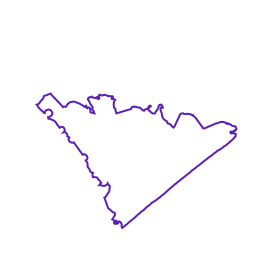 Ada East, Greater Accra, Ghana, rotated 315°
{"feature_id": "2480657B57636315193797", "entity_name": "Ada East", "entity_type": "district", "adm_level": 2, "iso_a3": "GHA", "parent_name": "Ghana", "parent_adm1": "Greater Accra", "projection": "natural_earth1", "projection_center": [0.584, 5.876], "detail": "fine", "context": "isolated", "style": "outline", "palette": "violet", "viewbox_px": 256, "rotation_deg": 315, "n_neighbors": 0, "source": "geoboundaries", "source_scale": "gbopen_adm2", "svg_char_len": 5688}
<svg xmlns="http://www.w3.org/2000/svg" viewBox="0 0 256 256"><g transform="rotate(315 128 128)"><path d="M205.2,203.0L203.5,200.7L203.3,200.2L203.0,199.2L203.1,198.5L202.9,198.2L202.7,197.4L202.5,197.0L201.9,196.2L201.9,195.7L201.7,195.3L201.6,195.6L201.8,195.8L201.7,195.9L201.1,195.3L200.9,195.1L200.9,194.3L200.6,193.6L200.4,192.3L200.0,191.6L198.4,189.7L196.3,188.5L195.4,188.1L194.7,188.0L194.2,187.6L193.5,187.0L182.4,182.6L181.3,182.0L181.1,181.3L181.0,180.8L181.2,180.1L183.1,167.9L182.9,166.8L182.8,166.0L182.7,165.6L182.7,165.4L182.8,165.3L183.0,165.3L183.1,165.1L182.8,164.7L182.6,164.6L182.7,164.9L182.6,165.1L182.4,164.5L182.6,164.2L182.4,164.0L182.2,162.9L181.2,161.5L180.7,160.9L180.0,159.9L178.0,158.4L177.7,158.0L177.5,156.8L175.9,155.5L175.3,154.9L175.4,154.6L175.1,155.0L162.0,159.8L160.4,159.8L160.3,157.8L160.5,156.3L160.4,154.8L160.0,154.2L159.7,153.5L159.4,153.2L159.4,152.9L159.5,152.1L160.2,151.1L159.6,148.2L159.5,147.2L159.6,146.4L160.1,144.7L160.7,143.4L161.5,142.5L162.3,141.3L163.3,139.1L163.8,138.1L164.2,137.7L164.9,137.5L165.1,137.4L165.2,136.9L165.5,136.8L165.8,136.8L166.3,137.0L166.6,137.6L166.6,137.9L167.0,138.2L167.9,136.8L167.8,136.5L168.0,136.1L167.9,134.8L167.4,134.7L166.8,134.0L165.9,133.9L164.7,134.4L163.7,135.1L163.2,135.3L161.7,135.7L160.9,135.8L160.4,136.0L159.2,136.0L157.9,136.7L157.4,136.7L156.9,136.5L155.8,135.1L155.5,134.2L155.4,133.7L155.4,132.2L155.2,130.9L155.2,130.2L155.5,129.4L156.2,128.8L156.5,128.6L158.1,128.3L158.3,128.3L159.4,128.8L159.7,128.5L159.6,128.0L159.1,127.6L158.1,127.5L155.6,128.2L154.6,127.9L154.2,127.6L153.8,127.2L152.5,126.9L152.1,127.0L151.5,127.1L150.9,125.9L150.9,125.5L151.0,124.4L150.8,122.1L150.6,121.7L150.0,121.2L149.7,120.8L148.7,119.0L148.5,118.3L148.0,117.9L147.6,117.9L147.2,117.3L147.1,117.0L146.8,116.6L145.6,116.0L145.2,116.0L143.7,116.8L136.8,113.0L130.2,109.5L131.2,107.5L131.7,106.6L132.1,106.2L132.6,105.3L132.7,104.5L132.6,104.1L132.5,103.8L134.1,101.7L134.8,100.9L135.7,100.5L136.1,99.9L136.6,99.6L137.3,99.3L138.7,99.1L138.3,97.0L138.2,96.9L137.9,96.8L137.9,96.4L137.3,96.4L137.1,96.2L137.4,95.4L137.8,95.1L138.4,94.9L138.8,95.0L139.2,95.4L139.4,95.4L139.6,95.1L139.5,94.6L139.0,94.2L138.5,93.4L137.3,92.3L136.3,91.1L136.4,90.9L136.0,89.9L135.5,89.0L134.9,88.1L134.0,87.4L133.7,87.4L133.4,87.1L132.6,86.6L132.1,86.0L132.0,85.7L132.1,85.4L132.0,85.1L131.2,84.2L129.9,84.8L129.7,84.8L129.4,85.0L129.4,85.4L129.4,85.8L129.2,86.2L128.5,86.8L128.4,86.7L128.1,86.4L127.8,86.4L127.6,86.5L127.2,85.7L127.3,85.5L127.6,85.6L128.1,85.0L128.3,84.4L128.2,84.3L127.8,84.5L127.4,84.3L127.1,84.3L127.0,84.6L126.9,84.6L126.4,84.2L126.2,83.6L125.8,83.0L125.5,82.9L124.8,82.0L124.6,80.1L123.4,79.8L122.8,79.2L122.3,79.2L121.7,78.7L121.3,78.7L120.8,78.9L120.4,79.3L119.9,79.3L119.1,82.7L118.4,84.0L118.1,86.6L117.4,88.7L117.1,88.8L116.1,89.2L115.8,89.7L115.6,92.1L114.9,93.0L114.6,93.8L113.5,92.0L112.9,91.1L112.6,90.3L114.5,88.0L115.1,87.2L114.7,86.1L114.6,85.5L114.5,85.3L114.3,85.1L113.8,85.1L113.4,85.3L113.1,85.2L113.0,84.6L113.6,83.3L114.0,82.9L114.2,82.7L113.7,82.4L112.5,82.7L112.2,82.5L112.1,82.3L112.2,81.7L111.8,79.4L110.8,76.1L110.2,75.0L109.3,72.6L108.5,71.3L108.1,70.7L107.5,70.3L105.0,68.7L104.3,68.6L103.0,68.6L102.5,68.4L99.2,69.1L98.9,69.0L97.7,67.4L96.8,67.3L97.1,62.1L97.3,51.1L97.7,49.0L95.1,47.8L94.2,47.5L92.3,46.5L90.8,45.9L90.1,46.4L89.6,46.9L88.3,47.2L85.1,47.3L83.5,47.6L82.6,47.9L79.9,47.0L79.9,48.0L79.2,50.1L79.2,53.9L79.4,55.8L79.4,57.2L79.6,57.8L79.3,58.2L79.7,58.6L80.6,57.9L81.8,57.6L83.1,57.7L84.8,58.7L85.9,60.3L85.8,61.8L85.4,63.6L84.2,64.7L82.7,65.1L80.6,64.6L79.7,64.3L79.2,63.8L78.3,65.0L79.8,67.6L80.1,67.9L80.2,68.7L80.3,69.4L80.7,69.9L80.9,70.7L81.0,72.3L80.6,74.8L80.3,75.7L79.8,79.5L81.4,79.8L82.6,81.1L82.8,82.8L82.1,84.4L81.1,85.3L79.4,85.5L80.6,86.1L80.8,87.9L80.2,90.2L79.2,90.8L79.8,93.2L78.6,93.5L77.5,94.5L77.1,96.2L77.4,97.8L78.4,99.3L79.5,99.8L77.3,113.5L77.0,114.8L78.3,115.2L78.9,116.4L79.3,118.3L78.6,120.0L77.4,121.0L75.8,121.3L75.2,121.0L74.5,124.1L72.0,127.0L71.6,129.7L70.5,132.3L70.7,133.4L71.5,135.0L70.4,135.4L69.9,135.9L68.4,137.8L69.1,138.5L70.9,140.7L71.1,142.1L70.5,143.1L70.7,144.6L70.7,145.5L70.3,146.9L70.3,147.8L67.4,148.1L67.9,148.5L69.1,150.8L70.0,151.9L70.9,152.6L72.0,152.8L73.2,153.3L73.6,153.3L74.0,153.0L74.5,152.7L74.0,156.3L70.0,159.5L63.3,160.9L62.1,160.5L57.4,170.4L57.2,171.1L57.7,173.2L57.5,175.4L58.5,178.6L57.8,180.0L57.4,180.3L52.3,181.5L52.7,182.7L52.8,183.8L53.3,184.5L54.2,185.3L54.2,186.2L52.9,186.3L52.9,186.8L51.6,185.9L51.6,185.3L51.3,184.9L51.0,185.1L50.8,185.8L51.4,187.2L51.8,187.3L52.6,187.7L53.5,188.3L53.7,188.0L55.5,187.7L55.9,188.1L56.1,190.0L55.2,191.9L53.5,193.4L53.3,194.6L55.7,194.8L56.9,195.0L59.6,195.3L61.8,195.3L65.0,195.7L69.6,196.2L74.4,196.3L77.1,196.7L77.8,196.5L80.8,197.1L85.2,197.1L89.8,197.8L91.1,197.6L94.0,198.2L95.0,198.6L95.9,198.6L97.8,199.1L99.3,199.1L100.0,199.2L100.8,199.5L104.5,199.7L105.2,199.9L108.2,200.1L116.9,200.6L119.1,200.9L121.2,200.9L123.0,201.3L124.4,201.3L134.3,202.5L137.5,202.8L139.5,203.2L143.1,203.3L145.7,203.7L147.0,204.0L150.1,204.1L151.6,204.5L160.0,205.4L162.5,205.8L164.4,205.9L168.8,206.7L171.2,206.8L172.2,207.1L174.0,207.3L175.4,207.3L176.6,208.0L177.9,208.1L180.6,208.8L183.4,209.0L184.9,209.5L190.8,209.9L193.3,210.1L195.5,210.1L196.0,209.9L196.6,210.0L198.0,210.0L200.0,208.4L199.8,208.2L199.5,207.4L198.3,205.7L197.9,205.4L197.4,205.2L197.2,205.0L197.0,203.8L197.3,203.4L198.0,203.2L198.4,203.4L198.8,204.1L199.4,204.7L199.7,205.3L199.9,205.3L200.1,205.1L200.5,205.3L200.7,204.9L201.0,204.9L201.3,204.9L201.8,205.5L201.9,205.3L202.3,205.4L203.7,205.6L204.1,205.3L204.4,203.9L205.2,203.0Z" fill="none" stroke="#5b21b6" stroke-width="2"/></g></svg>